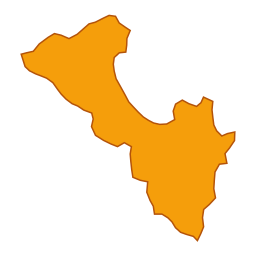 Balneário Camboriú, Santa Catarina, Brazil (Albers equal-area conic projection)
{"feature_id": "56859067B93664630758988", "entity_name": "Balneário Camboriú", "entity_type": "district", "adm_level": 2, "iso_a3": "BRA", "parent_name": "Brazil", "parent_adm1": "Santa Catarina", "projection": "albers", "projection_center": [-48.622, -27.007], "detail": "fine", "context": "isolated", "style": "filled", "palette": "amber", "viewbox_px": 256, "rotation_deg": 0, "n_neighbors": 0, "source": "geoboundaries", "source_scale": "gbopen_adm2", "svg_char_len": 1337}
<svg xmlns="http://www.w3.org/2000/svg" viewBox="0 0 256 256"><path d="M124.8,26.9L119.2,23.0L115.5,16.3L109.1,15.4L103.2,18.2L95.3,22.2L89.0,23.9L84.0,28.3L77.2,34.3L69.0,38.6L61.1,35.2L54.4,33.6L48.2,37.3L39.3,43.9L33.3,51.3L26.6,52.8L21.2,54.2L25.1,66.6L29.5,70.8L35.5,73.8L41.0,75.9L46.7,78.2L52.9,82.7L57.7,89.5L61.2,94.1L66.0,99.1L72.1,103.7L77.7,106.0L83.8,110.1L91.7,113.0L93.2,119.0L91.5,126.6L95.5,135.3L103.6,140.4L111.0,144.0L117.5,146.6L124.3,142.7L131.4,146.6L130.2,154.0L130.8,161.2L131.7,169.6L132.9,177.3L140.3,180.3L147.7,181.8L146.8,192.2L150.1,200.5L153.3,206.2L154.5,214.1L161.9,214.1L167.9,217.8L172.0,221.9L175.5,227.7L180.6,232.3L186.5,234.4L193.4,236.4L197.4,240.6L200.8,233.6L203.6,226.8L202.5,217.7L203.7,209.4L209.3,204.5L215.5,197.9L213.8,188.8L214.3,180.5L215.0,172.0L219.4,164.2L226.9,163.3L225.0,153.6L229.5,148.0L234.5,140.6L234.8,132.0L227.4,133.6L221.8,136.0L216.7,130.9L213.8,125.0L212.8,117.1L212.0,109.8L212.8,101.4L203.5,97.1L201.0,102.7L196.6,106.4L188.9,103.7L182.3,100.1L175.6,104.1L173.2,111.1L174.7,119.6L166.7,124.0L159.8,124.4L153.6,123.0L148.6,120.4L143.3,117.0L138.2,112.1L133.2,106.8L128.8,102.0L125.0,94.8L120.2,86.1L116.1,78.8L114.2,71.1L113.3,64.2L114.2,57.5L119.3,52.8L125.8,52.1L126.7,45.2L126.9,38.5L130.2,30.5L124.8,26.9Z" fill="#f59e0b" stroke="#b45309" stroke-width="1.5"/></svg>